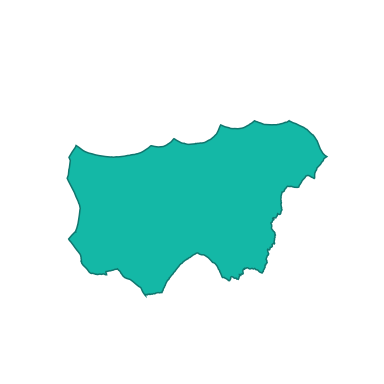 Medina Yoroufoula, Kolda, Senegal (Natural Earth projection), rotated 323°
{"feature_id": "50182788B71056203552440", "entity_name": "Medina Yoroufoula", "entity_type": "district", "adm_level": 2, "iso_a3": "SEN", "parent_name": "Senegal", "parent_adm1": "Kolda", "projection": "natural_earth1", "projection_center": [-14.81, 13.235], "detail": "fine", "context": "isolated", "style": "filled", "palette": "teal", "viewbox_px": 384, "rotation_deg": 323, "n_neighbors": 0, "source": "geoboundaries", "source_scale": "gbopen_adm2", "svg_char_len": 6048}
<svg xmlns="http://www.w3.org/2000/svg" viewBox="0 0 384 384"><g transform="rotate(323 192 192)"><path d="M92.5,246.8L92.9,245.9L93.4,246.0L94.2,247.1L94.6,246.8L95.0,247.0L95.3,247.4L96.2,247.6L96.3,248.0L96.7,248.0L96.9,248.6L98.0,248.9L98.5,249.5L99.1,249.8L100.0,249.9L100.8,250.7L101.4,251.0L101.9,250.9L103.2,251.3L104.5,252.0L105.4,253.0L106.9,253.7L107.2,254.4L107.1,254.6L108.6,253.3L109.4,253.3L110.8,252.1L113.0,251.2L113.5,250.7L114.5,250.4L115.7,249.5L118.4,248.2L119.9,247.7L120.3,247.9L121.1,247.6L121.6,247.6L122.2,246.9L122.8,247.0L125.5,246.2L127.7,245.9L128.8,245.3L130.7,245.1L132.0,244.6L135.7,243.6L136.3,243.6L138.5,242.8L139.5,242.8L139.8,242.6L141.3,242.9L142.5,242.5L143.2,242.6L143.7,242.5L145.5,242.4L147.4,242.7L147.8,242.5L148.4,242.9L148.7,242.7L150.1,242.7L150.7,243.0L151.7,243.1L152.6,242.9L153.1,243.1L153.6,243.0L155.2,243.0L157.5,243.5L158.5,243.4L159.6,243.9L160.0,244.2L160.1,244.9L160.9,246.6L161.9,247.9L163.5,249.1L164.1,250.3L165.5,254.2L165.9,257.5L166.1,260.6L167.0,261.9L167.4,263.0L167.5,266.0L167.2,268.0L166.7,269.5L166.8,271.2L166.3,272.2L166.0,274.0L164.9,278.1L165.0,278.8L166.1,279.5L166.4,279.8L166.5,280.7L167.2,281.8L167.9,284.1L167.8,284.6L168.4,285.3L168.7,285.4L170.8,284.5L171.0,283.9L171.5,283.5L172.6,283.3L173.4,284.2L173.9,286.3L175.3,287.3L175.5,287.5L175.4,288.5L175.7,288.6L176.4,289.6L177.6,289.0L178.7,288.0L179.6,287.8L180.0,287.5L180.0,286.7L180.2,286.4L180.5,286.7L181.0,287.8L181.5,287.4L182.1,287.2L182.5,287.4L182.8,287.9L183.1,288.1L183.9,287.8L185.1,285.5L186.3,284.8L186.8,284.6L187.2,285.2L187.5,285.3L187.8,284.8L188.1,284.6L189.2,285.4L190.4,285.6L190.8,286.0L191.6,287.9L192.1,288.4L194.0,289.1L194.4,290.0L194.9,290.6L196.1,290.8L196.3,292.5L197.5,293.7L197.8,296.4L199.0,298.6L199.3,298.9L199.8,298.8L200.3,298.3L201.2,298.3L202.1,297.3L203.3,297.0L204.1,296.4L204.8,296.3L206.3,294.4L206.6,294.6L207.0,294.6L208.0,293.9L209.4,293.7L209.6,293.1L209.8,293.1L210.1,292.2L210.6,291.6L210.5,290.5L211.7,289.5L212.9,288.9L213.5,288.3L214.6,288.1L215.0,288.2L215.2,287.9L216.0,287.6L216.6,285.3L217.0,284.7L217.4,283.7L218.0,283.3L218.8,284.7L219.2,284.8L220.0,284.4L221.2,283.3L222.3,283.9L223.2,283.8L223.7,283.5L224.3,282.1L226.0,282.1L226.1,282.5L226.5,283.0L227.2,282.6L227.3,281.5L227.8,281.1L228.0,280.7L229.1,279.9L229.5,279.4L229.8,278.8L231.0,278.2L231.8,276.8L232.7,276.6L232.8,276.1L232.8,275.3L233.5,274.8L233.6,274.3L233.7,273.3L233.4,272.5L233.5,271.2L233.4,269.9L233.6,268.9L234.4,267.9L235.1,267.4L236.0,265.8L236.1,264.6L236.4,264.2L237.0,264.0L237.8,264.3L239.3,263.2L240.4,263.4L240.9,263.2L241.0,262.8L240.5,262.1L240.4,261.8L240.6,261.6L240.9,261.5L241.7,261.6L241.9,261.9L242.3,262.1L242.3,262.3L243.4,263.1L244.9,262.3L245.8,262.3L246.4,261.8L246.7,261.3L247.3,260.9L247.4,261.3L247.9,261.9L248.3,262.5L249.0,262.8L249.8,262.6L251.6,261.0L253.1,260.4L253.4,259.8L253.5,259.0L254.2,258.4L254.3,257.7L254.6,257.4L255.1,256.2L255.7,255.4L255.8,254.9L256.6,254.7L257.0,254.3L257.1,253.9L257.4,253.1L258.0,252.5L258.1,251.9L258.6,251.2L260.0,249.8L260.3,249.2L263.9,246.3L264.3,246.6L265.2,246.7L266.4,246.7L267.6,245.6L268.5,245.7L270.8,245.0L271.7,244.9L273.5,246.6L273.9,246.6L274.3,247.1L275.0,247.5L275.4,248.3L276.8,250.0L279.0,251.8L280.2,252.3L281.8,251.2L282.7,251.0L285.1,250.1L286.9,249.2L290.9,248.5L292.5,247.8L293.3,248.1L293.9,248.1L294.9,248.9L295.4,249.5L296.4,252.1L297.0,253.0L297.7,254.7L298.4,254.6L300.1,252.3L301.5,250.8L303.4,249.7L304.7,249.3L306.3,248.0L311.3,247.2L313.5,246.3L315.5,246.0L317.5,244.7L321.0,244.9L320.2,242.8L319.8,239.9L320.3,234.9L322.7,226.4L322.7,225.4L323.0,222.0L323.0,219.3L322.6,218.6L322.1,216.2L321.4,211.1L320.9,210.2L320.1,207.7L317.8,203.5L316.1,200.0L314.3,197.4L312.9,194.5L312.3,194.1L312.4,193.5L310.1,193.4L308.9,193.0L308.8,192.7L308.2,192.4L306.0,191.9L302.9,190.5L302.3,190.4L301.1,189.6L300.0,189.2L297.7,187.4L296.3,186.5L290.2,181.4L288.3,178.2L287.1,176.6L286.2,175.0L285.4,174.1L284.9,172.8L284.6,172.7L284.0,172.8L280.9,172.9L279.0,172.6L277.4,172.7L276.0,172.3L275.1,172.3L272.3,171.8L270.5,171.2L266.7,169.1L264.3,167.0L262.9,166.1L261.1,164.5L260.1,162.8L257.6,159.8L255.3,155.7L254.0,156.3L249.5,159.0L246.4,160.5L245.0,160.6L242.2,161.1L241.6,161.0L239.1,161.2L237.3,161.0L236.5,160.7L233.7,160.4L231.7,160.0L229.2,158.8L228.6,158.2L226.7,157.2L225.1,156.1L224.2,155.9L223.9,155.3L223.2,155.3L222.2,154.6L218.0,152.0L216.8,150.9L215.3,148.9L215.1,148.4L214.8,148.3L213.4,146.9L212.9,146.0L211.2,142.3L210.6,141.0L210.4,140.2L209.7,138.6L209.1,138.6L205.7,139.4L203.0,139.4L201.9,139.2L200.9,139.3L198.8,139.0L196.4,138.4L192.2,135.8L189.5,133.1L187.4,130.6L186.7,130.3L183.9,130.6L177.6,130.2L175.0,129.8L171.6,128.7L170.7,128.2L168.3,127.3L167.6,126.7L165.3,125.5L164.4,125.3L162.8,124.2L159.7,122.8L154.4,119.7L152.8,118.4L150.1,116.9L149.1,115.8L147.7,114.8L144.1,111.5L139.6,106.9L137.2,104.2L135.1,101.3L132.9,98.7L130.9,95.4L129.9,93.1L128.5,88.2L127.4,85.1L125.8,86.1L120.2,88.0L114.6,90.3L113.8,93.6L108.3,99.2L107.3,99.9L103.8,103.7L103.1,104.3L100.6,105.9L99.9,109.0L97.8,121.5L96.5,126.2L95.5,130.9L94.8,132.8L94.6,134.1L93.9,135.7L92.7,138.1L92.1,138.5L87.8,143.0L82.0,148.6L78.3,151.5L75.1,153.5L75.0,153.8L74.7,153.5L70.0,154.2L65.2,155.3L65.0,156.9L65.2,158.9L65.2,162.9L65.1,166.1L65.1,169.4L65.2,170.7L65.2,174.4L64.8,175.9L64.3,176.8L64.1,177.5L63.5,178.2L63.0,179.4L62.3,179.9L62.1,180.6L61.6,180.8L61.7,181.4L61.4,181.8L61.1,182.5L61.0,185.0L61.6,188.7L61.8,190.9L61.7,193.9L61.8,194.6L62.2,195.8L62.6,196.5L63.7,197.1L65.0,198.8L65.3,199.4L66.0,200.2L66.4,200.3L66.6,200.8L67.1,201.2L69.1,202.1L70.1,203.3L71.9,204.0L72.7,205.1L73.0,205.9L74.0,206.7L74.5,205.8L74.7,204.6L75.1,204.0L75.5,203.8L76.4,204.4L78.7,205.2L78.9,205.6L81.4,206.6L82.2,207.0L83.7,207.3L85.7,208.5L86.2,208.5L86.4,210.6L86.7,211.1L86.7,212.7L86.4,214.1L86.5,215.2L86.3,217.4L86.8,219.9L87.3,220.6L87.6,221.4L90.0,224.7L90.9,227.8L91.9,232.4L92.7,235.5L93.4,237.0L93.5,238.2L92.8,240.9L92.5,242.9L92.4,245.7L92.5,246.8Z" fill="#14b8a6" stroke="#0f766e" stroke-width="1.5"/></g></svg>